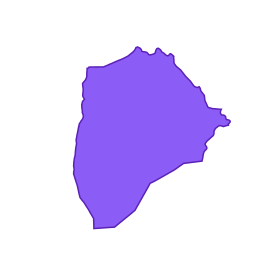 the district of Al-Hasakeh, Hasaka (Al Haksa), Syria, rotated 54°
{"feature_id": "27442178B13029247631939", "entity_name": "Al-Hasakeh", "entity_type": "district", "adm_level": 2, "iso_a3": "SYR", "parent_name": "Syria", "parent_adm1": "Hasaka (Al Haksa)", "projection": "albers", "projection_center": [40.726, 36.168], "detail": "fine", "context": "isolated", "style": "filled", "palette": "violet", "viewbox_px": 256, "rotation_deg": 54, "n_neighbors": 0, "source": "geoboundaries", "source_scale": "gbopen_adm2", "svg_char_len": 2697}
<svg xmlns="http://www.w3.org/2000/svg" viewBox="0 0 256 256"><g transform="rotate(54 128 128)"><path d="M198.3,87.6L197.4,86.5L193.5,82.5L192.1,80.7L191.5,78.8L191.2,76.8L190.6,76.0L189.5,75.5L188.4,75.5L186.5,75.3L185.9,74.6L185.0,71.6L184.6,67.3L184.3,64.2L184.2,63.3L183.5,62.4L182.9,61.6L181.7,60.7L181.2,60.4L180.9,59.8L179.8,57.6L179.6,53.6L180.4,51.8L181.2,51.2L182.9,50.0L183.6,48.1L184.0,46.8L184.8,45.1L183.7,44.6L183.7,44.2L183.6,43.1L183.2,41.9L182.8,41.5L182.3,41.3L181.4,41.5L180.9,41.7L180.5,42.0L180.3,42.2L179.8,42.6L179.3,43.2L178.4,43.4L176.9,42.8L176.2,42.4L175.3,42.4L174.7,42.5L173.7,43.1L173.0,44.0L172.4,44.7L172.2,44.7L170.2,44.5L168.4,42.9L167.7,41.5L166.5,43.0L161.9,48.3L158.4,51.1L150.9,49.6L149.7,48.9L146.5,47.1L143.4,47.2L140.9,47.3L138.1,46.2L136.4,46.2L136.2,47.8L135.2,48.7L134.1,49.6L132.6,50.0L126.7,50.0L120.1,51.0L112.0,51.3L106.5,52.7L102.9,52.7L101.4,51.9L99.2,50.4L97.1,49.3L96.9,48.8L94.8,49.3L94.6,49.3L94.3,49.4L93.0,49.8L92.7,50.2L92.7,50.4L92.8,51.1L93.2,52.6L92.9,53.5L91.2,54.5L89.1,54.9L88.3,55.1L87.9,55.3L86.1,56.0L84.1,55.7L81.4,56.5L80.7,57.9L81.4,59.5L83.4,62.3L83.2,63.7L82.1,66.7L81.8,67.1L81.0,68.1L79.1,68.1L77.7,68.4L77.3,68.7L75.7,70.3L74.5,71.5L74.1,71.8L72.6,71.2L70.8,71.2L68.1,72.6L67.6,74.2L68.9,76.6L69.5,79.7L69.7,84.3L69.8,85.4L69.6,87.0L68.8,92.1L68.3,93.9L67.6,96.7L67.3,98.0L64.2,112.0L62.7,114.0L62.4,114.4L56.9,122.1L56.5,122.7L55.8,123.7L56.2,124.8L55.7,126.1L57.3,127.2L58.5,128.3L60.7,130.1L61.9,130.9L62.9,132.0L64.1,134.2L64.5,135.8L65.2,138.5L66.1,139.1L67.8,140.1L69.7,141.1L70.9,141.9L72.1,142.9L74.3,144.9L75.7,145.9L76.9,146.1L79.2,146.3L79.3,146.8L79.7,149.0L80.9,150.5L81.9,151.7L82.8,152.2L84.6,153.5L85.5,153.9L87.5,155.0L88.4,155.8L90.8,156.5L92.8,157.6L94.0,159.5L94.5,161.0L94.7,161.9L95.3,163.0L95.8,164.6L96.9,165.9L98.1,167.4L98.3,167.3L99.1,168.4L101.3,170.7L102.2,171.7L104.3,174.0L105.4,175.1L107.0,176.9L107.5,177.2L108.1,177.6L109.5,178.3L110.8,179.1L111.5,180.0L112.4,180.9L113.7,182.2L115.0,183.4L119.1,186.9L120.8,189.0L121.3,189.5L122.4,190.5L123.6,191.7L127.0,194.5L128.4,195.1L130.1,196.1L130.9,196.9L131.4,197.6L132.4,198.3L133.1,199.0L134.8,199.5L137.9,200.6L139.1,201.0L144.6,202.8L149.2,204.8L151.6,205.9L156.1,207.7L160.3,207.6L161.8,207.4L166.7,207.7L170.6,207.9L174.6,208.4L181.0,209.0L188.2,213.9L189.3,214.7L194.9,205.7L200.3,197.1L199.9,191.1L199.0,174.9L198.9,173.8L198.7,170.7L197.3,167.7L193.7,159.8L186.9,145.0L186.3,143.9L185.7,142.6L186.3,139.8L186.3,139.4L186.4,138.9L186.6,137.8L187.6,129.2L188.7,119.0L189.1,115.7L189.2,113.1L189.2,109.2L189.3,105.8L189.3,104.9L189.3,103.8L191.1,100.6L192.7,97.7L198.3,87.6Z" fill="#8b5cf6" stroke="#5b21b6" stroke-width="1.5"/></g></svg>